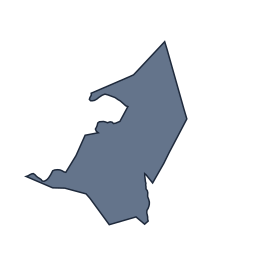 Novo Oriente do Piauí, Piauí, Brazil (Robinson projection), rotated 30°
{"feature_id": "56859067B12643710449311", "entity_name": "Novo Oriente do Piauí", "entity_type": "district", "adm_level": 2, "iso_a3": "BRA", "parent_name": "Brazil", "parent_adm1": "Piauí", "projection": "robinson", "projection_center": [-42.009, -6.478], "detail": "fine", "context": "isolated", "style": "filled", "palette": "slate", "viewbox_px": 256, "rotation_deg": 30, "n_neighbors": 0, "source": "geoboundaries", "source_scale": "gbopen_adm2", "svg_char_len": 1380}
<svg xmlns="http://www.w3.org/2000/svg" viewBox="0 0 256 256"><g transform="rotate(30 128 128)"><path d="M64.0,220.9L92.6,217.5L103.3,211.7L124.6,206.0L130.2,207.9L160.1,221.1L179.4,201.0L190.5,203.0L192.0,198.5L190.6,197.1L189.5,195.2L188.1,193.6L186.8,192.3L185.6,190.0L185.6,187.5L185.2,185.3L184.6,183.4L183.5,181.4L181.5,179.4L179.4,177.7L178.4,176.0L177.5,174.2L176.1,172.7L174.0,171.7L172.9,169.8L171.8,168.5L171.2,167.0L169.8,165.6L168.5,163.8L166.7,161.5L165.3,159.2L167.1,159.5L176.8,163.3L176.7,140.8L175.9,128.7L175.2,110.2L174.4,90.7L167.1,83.8L122.2,40.1L116.6,34.9L106.8,76.8L106.2,79.2L104.1,82.2L78.7,116.3L79.8,117.9L79.8,120.6L80.2,122.5L81.9,123.1L83.3,122.4L85.2,120.8L86.7,118.2L87.4,116.2L89.3,112.4L91.1,110.2L94.3,109.3L95.7,109.1L98.6,108.6L101.6,108.1L105.2,108.4L107.8,108.4L109.8,108.8L115.0,109.9L117.2,109.5L117.7,126.3L114.9,130.0L113.2,131.4L111.3,130.9L109.4,131.6L107.6,133.7L105.2,134.1L103.5,134.6L102.2,135.5L100.1,136.9L99.3,138.8L100.0,141.1L100.3,143.2L100.3,145.2L102.1,146.6L104.6,147.0L94.5,155.7L96.8,177.9L96.3,197.5L94.6,198.0L92.4,198.0L90.1,198.3L87.9,199.3L85.5,201.0L84.2,202.7L84.3,205.1L84.4,207.3L84.2,210.8L83.8,212.8L83.2,214.2L81.9,216.2L80.0,216.8L78.7,216.1L76.4,215.9L74.7,215.9L72.8,215.6L70.9,215.0L68.8,214.8L67.5,215.9L66.4,217.5L65.4,219.3L64.0,220.9Z" fill="#64748b" stroke="#1e293b" stroke-width="1.5"/></g></svg>